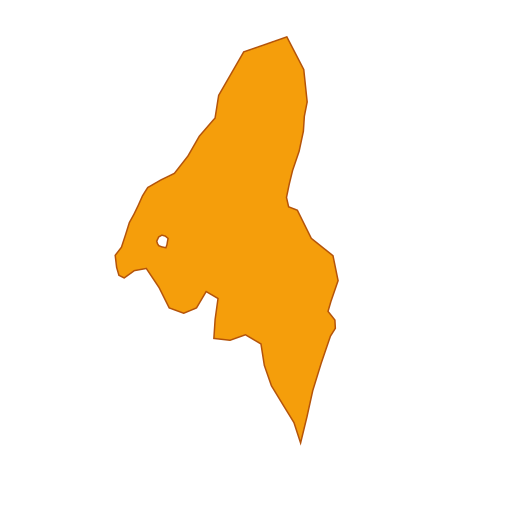 an SVG outline of Goranboy, rotated 152°
{"feature_id": "AZE-1681", "entity_name": "Goranboy", "entity_type": "District", "adm_level": 1, "iso_a3": "AZE", "parent_name": "Azerbaijan", "parent_adm1": "", "projection": "equal_earth", "projection_center": [46.693, 40.614], "detail": "fine", "context": "isolated", "style": "filled", "palette": "amber", "viewbox_px": 512, "rotation_deg": 152, "n_neighbors": 0, "source": "natural_earth", "source_scale": "10m", "svg_char_len": 1129}
<svg xmlns="http://www.w3.org/2000/svg" viewBox="0 0 512 512"><g transform="rotate(152 256 256)"><path d="M303.7,367.8L301.3,367.7L289.2,367.3L269.2,376.2L249.8,388.4L234.6,394.3L229.9,396.1L227.4,397.0L221.8,404.4L216.1,412.0L213.5,415.4L171.0,442.0L141.7,437.4L141.4,437.4L125.9,435.0L126.3,398.2L138.5,368.0L147.7,356.7L155.6,343.9L168.8,328.2L183.5,314.4L192.7,304.1L201.6,293.4L204.1,284.1L198.0,277.0L198.9,245.6L187.9,220.1L195.1,195.7L211.2,180.7L218.4,173.3L216.4,162.4L219.9,154.9L227.9,150.3L248.6,130.9L269.0,110.6L286.4,90.2L304.4,70.0L300.7,91.1L302.0,111.9L303.3,134.2L300.0,155.5L292.9,176.0L302.3,191.4L318.5,193.8L331.9,203.0L321.8,219.3L309.5,236.3L316.7,248.0L332.9,238.1L346.7,239.4L357.0,250.9L356.4,273.5L358.7,296.5L370.3,300.2L382.7,298.5L386.1,303.3L384.4,311.4L380.0,322.7L370.7,326.9L361.1,336.1L352.1,345.0L344.1,350.2L336.3,355.9L328.1,362.3L324.2,364.6L319.4,367.3L304.4,367.8L303.7,367.8ZM329.3,318.6L333.0,318.5L336.7,315.7L337.2,312.9L337.0,310.7L334.9,308.3L331.7,305.6L329.3,307.8L327.1,310.7L325.4,312.8L326.7,316.1L329.3,318.6Z" fill="#f59e0b" stroke="#b45309" stroke-width="1.5"/></g></svg>